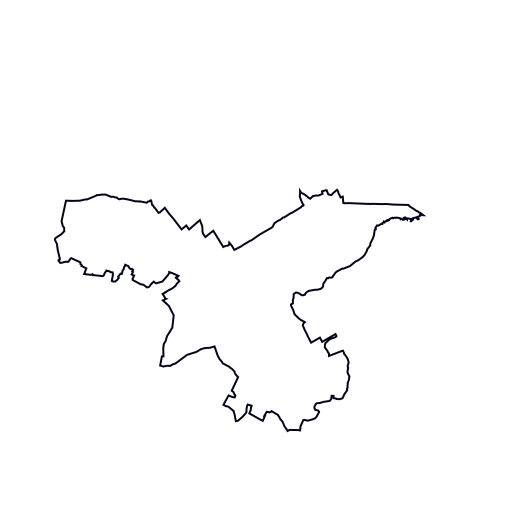 outline of Bogdand, Satu Mare, Romania, rotated 140°
{"feature_id": "2599482B86952368934963", "entity_name": "Bogdand", "entity_type": "district", "adm_level": 2, "iso_a3": "ROU", "parent_name": "Romania", "parent_adm1": "Satu Mare", "projection": "orthographic", "projection_center": [22.927, 47.421], "detail": "fine", "context": "isolated", "style": "outline", "palette": "ink", "viewbox_px": 512, "rotation_deg": 140, "n_neighbors": 0, "source": "geoboundaries", "source_scale": "gbopen_adm2", "svg_char_len": 6124}
<svg xmlns="http://www.w3.org/2000/svg" viewBox="0 0 512 512"><g transform="rotate(140 256 256)"><path d="M404.0,388.1L408.2,379.7L409.9,379.7L409.9,378.8L410.3,378.8L410.4,376.6L409.9,376.1L405.4,373.9L403.6,372.2L400.2,373.1L399.0,373.2L394.6,364.1L395.7,362.6L395.4,361.7L395.5,361.5L395.4,360.8L396.1,360.5L393.9,355.6L399.2,352.6L394.5,347.6L393.8,347.2L392.9,347.1L392.8,346.5L393.1,346.1L392.8,345.8L386.2,339.0L385.0,339.0L382.4,340.4L381.8,340.3L380.0,341.0L379.9,340.5L378.3,338.9L377.8,337.1L376.4,335.7L376.7,334.9L378.2,333.1L382.4,329.7L382.5,329.4L382.1,328.6L380.4,327.0L377.5,326.9L375.2,327.4L375.0,328.7L371.1,329.5L370.6,328.7L370.2,328.5L367.5,330.6L365.6,331.1L363.7,332.5L362.7,332.6L361.8,333.3L360.3,330.2L360.7,327.9L360.6,327.1L360.2,326.3L359.4,326.0L359.1,324.4L360.7,323.8L360.5,322.8L363.1,321.8L362.7,320.5L361.9,319.4L365.4,317.7L365.9,316.9L362.5,308.5L360.7,306.3L359.8,302.2L359.0,301.5L357.3,301.1L354.3,301.9L350.8,302.1L350.6,300.7L350.1,299.3L344.1,296.6L336.1,297.9L333.6,298.6L332.8,299.5L330.9,296.2L328.2,290.6L329.4,290.5L330.6,291.0L331.4,290.9L330.8,287.5L330.9,286.0L334.2,285.7L337.0,284.9L340.9,285.0L347.0,286.3L347.7,286.1L349.2,286.7L349.6,286.4L351.9,287.0L352.7,281.3L352.5,281.0L355.9,281.8L354.8,273.7L357.2,263.4L366.2,254.9L375.8,251.7L380.0,248.9L383.1,247.9L386.2,245.1L391.4,238.6L392.6,239.6L399.8,233.7L398.0,230.9L394.7,229.1L392.2,226.9L389.2,226.5L387.6,225.7L385.4,225.3L372.4,224.6L363.2,220.8L358.1,220.0L354.8,218.6L350.1,215.2L345.9,213.4L349.3,204.6L350.2,200.3L350.1,198.4L350.4,194.8L347.7,188.5L347.6,187.0L347.1,185.5L346.8,183.5L346.8,181.1L347.3,180.2L347.7,178.6L347.6,174.7L361.2,168.4L360.7,166.3L361.4,163.9L361.3,163.5L361.7,162.7L361.6,162.3L363.1,161.4L364.6,162.9L366.7,166.8L376.6,162.9L375.6,160.3L374.3,158.8L373.9,157.9L372.8,151.7L373.0,151.6L374.0,148.9L377.6,142.4L375.8,141.4L370.6,141.4L365.6,142.0L363.6,142.6L361.4,145.1L359.0,147.0L357.8,147.5L355.6,144.1L357.6,142.8L359.3,141.2L362.3,139.7L357.6,127.3L356.7,125.4L351.9,127.8L352.3,128.2L347.9,129.8L346.1,127.5L344.6,127.0L343.8,127.2L341.4,120.2L341.7,117.6L342.2,115.8L342.2,111.9L343.7,107.1L343.9,103.7L344.3,101.6L342.2,101.3L335.3,95.3L334.5,94.1L332.9,95.3L331.6,96.8L325.2,99.9L323.9,99.0L322.5,96.9L322.0,96.5L317.5,94.4L314.9,93.7L312.7,94.0L308.0,95.9L307.7,96.3L307.8,97.8L309.5,100.1L309.2,100.6L309.2,101.5L308.2,103.0L305.1,104.2L303.8,104.0L301.7,102.4L298.3,101.0L292.7,97.6L290.3,98.1L287.9,100.3L286.5,99.0L287.9,97.3L286.2,95.1L286.2,94.8L284.1,92.6L281.4,91.5L280.3,91.7L277.5,93.2L272.4,94.6L271.8,95.7L270.4,96.3L269.2,97.9L267.8,99.1L267.5,99.7L264.3,101.5L261.9,103.7L261.2,106.3L261.3,106.7L260.4,108.5L257.2,111.2L256.9,112.2L256.0,113.3L254.6,114.0L253.3,115.2L252.5,116.8L251.8,118.6L251.3,122.4L251.5,123.8L250.7,125.9L250.3,127.7L264.3,132.5L262.7,134.6L262.8,135.6L262.3,137.6L262.0,141.9L259.8,144.0L258.9,144.6L255.0,144.8L252.9,144.9L248.2,143.0L246.1,142.7L245.7,143.1L245.3,145.1L260.5,147.7L259.5,152.4L269.5,154.2L267.8,161.8L267.4,162.7L266.2,168.1L264.7,172.9L262.7,173.9L261.1,173.9L262.8,178.4L263.3,180.4L263.9,186.5L262.2,190.8L261.1,195.3L260.3,196.4L258.2,196.0L256.4,198.2L253.6,200.3L251.7,202.5L249.4,202.5L248.3,201.8L247.0,199.7L246.3,197.0L245.6,195.9L243.3,194.9L242.6,195.4L240.4,195.7L238.1,195.4L232.6,192.3L230.7,190.7L227.1,189.1L224.3,189.5L222.2,191.5L219.0,192.3L215.9,193.5L214.9,192.5L213.7,192.5L211.9,190.7L210.8,190.7L210.2,191.2L209.6,191.1L205.6,192.2L203.8,192.1L198.0,190.9L197.4,190.2L190.6,187.9L183.2,187.8L180.4,187.0L174.7,186.6L171.7,187.1L167.3,188.9L166.6,189.6L161.7,190.7L160.1,192.3L155.9,194.0L152.5,195.9L148.3,199.7L147.4,199.9L147.2,199.5L146.8,199.7L146.4,200.2L146.3,200.9L143.5,201.6L142.8,200.6L139.1,200.0L138.6,199.4L138.1,199.9L136.7,199.8L136.3,199.3L135.9,199.9L135.6,199.2L134.8,199.3L134.1,199.0L133.7,199.2L133.3,198.8L132.7,199.2L132.0,198.9L132.0,198.3L131.1,198.0L130.9,198.4L130.3,198.4L128.6,198.2L127.4,197.7L127.0,197.1L126.7,197.3L126.2,196.5L124.9,196.1L124.3,195.2L123.4,194.9L122.0,193.2L121.7,192.7L121.5,191.2L120.9,191.4L120.5,190.6L120.2,191.2L120.2,189.3L119.8,188.9L118.6,188.5L118.8,189.5L118.1,190.2L116.8,189.6L116.7,186.9L116.6,187.0L116.7,187.4L116.2,187.7L115.7,187.4L114.4,185.9L113.8,184.8L113.9,183.8L115.8,182.9L112.7,182.9L112.0,183.3L112.1,184.2L111.4,184.0L109.0,182.9L108.4,180.7L108.5,180.1L108.3,180.0L107.6,179.8L107.4,181.4L107.5,182.2L107.4,182.3L105.0,181.3L103.9,182.1L103.6,181.5L101.6,179.7L102.2,182.4L103.2,185.1L103.2,185.7L104.4,188.2L104.6,189.5L106.4,195.2L106.4,197.1L117.5,206.9L122.9,212.2L126.3,214.9L133.7,221.5L135.6,222.7L135.8,223.3L136.7,223.9L150.4,236.4L154.6,239.8L155.0,240.5L151.4,245.7L153.6,246.5L152.7,249.6L152.7,250.5L151.5,253.0L151.4,254.6L156.5,254.6L159.1,254.2L161.0,256.6L160.0,260.0L159.6,260.9L160.5,261.6L163.7,263.1L163.9,263.1L165.0,260.9L169.0,262.0L171.5,264.0L174.0,265.3L177.6,265.0L178.4,267.0L178.4,268.0L179.2,271.8L180.7,275.4L180.4,277.5L182.0,275.6L184.2,273.5L185.5,270.1L186.4,267.1L186.9,264.3L187.2,264.2L189.0,264.7L190.2,264.4L200.9,266.0L201.9,266.5L209.4,267.4L210.6,268.1L213.9,268.1L216.9,268.9L220.8,269.3L224.1,267.8L225.0,267.6L226.7,267.8L238.9,270.0L249.6,271.0L250.6,271.4L258.5,272.7L261.6,273.0L268.7,274.6L267.9,279.1L267.9,283.4L269.5,281.9L270.3,281.8L273.4,283.5L275.3,283.9L272.5,302.8L282.6,303.1L282.2,307.0L281.9,308.0L280.8,309.8L279.6,311.1L277.9,313.7L275.9,319.6L290.2,319.3L289.8,324.2L295.9,324.2L295.3,337.8L295.4,344.5L294.9,351.5L301.7,351.2L302.9,351.7L302.6,357.5L302.7,359.0L302.4,360.6L302.7,362.0L300.6,366.0L300.7,366.3L302.9,366.6L304.0,367.2L305.4,367.0L309.6,372.2L310.2,372.5L310.3,373.0L311.2,373.4L312.0,374.5L312.9,375.0L318.5,382.6L320.6,384.9L321.7,386.0L324.2,387.3L325.0,389.0L325.0,390.3L326.4,391.6L327.2,393.1L329.3,394.8L329.7,396.0L331.9,399.9L334.7,402.2L337.6,403.9L338.6,404.9L340.1,405.1L349.3,408.0L350.1,408.9L355.4,411.6L361.2,416.2L366.0,420.5L382.5,407.7L384.7,403.3L384.8,401.0L387.0,398.2L390.9,397.8L397.9,398.6L399.2,398.2L399.9,396.7L400.7,393.3L404.0,388.1Z" fill="none" stroke="#020617" stroke-width="2"/></g></svg>